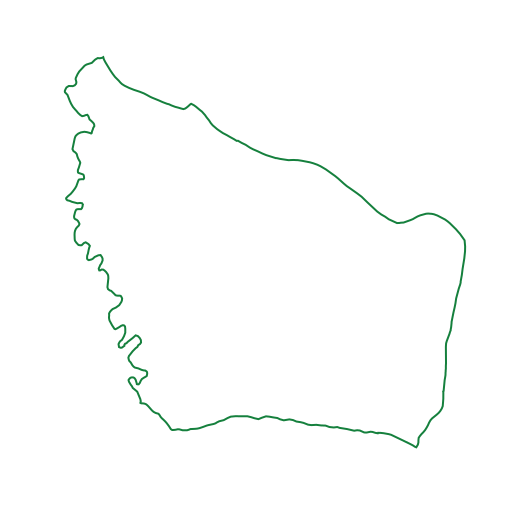 Chey Saen, Preah Vihéar, Cambodia (Equal Earth projection), rotated 6°
{"feature_id": "14789045B76871664968100", "entity_name": "Chey Saen", "entity_type": "district", "adm_level": 2, "iso_a3": "KHM", "parent_name": "Cambodia", "parent_adm1": "Preah Vihéar", "projection": "equal_earth", "projection_center": [105.306, 13.6], "detail": "fine", "context": "isolated", "style": "outline", "palette": "green", "viewbox_px": 512, "rotation_deg": 6, "n_neighbors": 0, "source": "geoboundaries", "source_scale": "gbopen_adm2", "svg_char_len": 5999}
<svg xmlns="http://www.w3.org/2000/svg" viewBox="0 0 512 512"><g transform="rotate(6 256 256)"><path d="M83.3,74.2L82.2,75.0L79.9,75.7L77.9,75.7L76.4,76.8L75.3,77.7L72.5,81.1L67.4,83.3L65.6,84.7L60.9,91.0L59.5,93.9L58.2,97.7L58.1,98.9L59.2,101.8L59.1,103.5L57.9,105.2L56.1,106.2L52.0,106.5L49.9,108.2L49.0,110.4L48.6,112.0L48.9,113.1L51.7,115.5L54.6,121.2L56.2,123.9L58.4,126.9L60.6,129.0L62.4,130.6L64.1,132.3L66.6,134.2L68.5,135.1L70.2,134.6L71.9,133.7L73.5,133.2L74.7,134.5L76.2,137.6L78.1,138.9L80.2,140.6L81.1,141.7L81.5,142.9L81.6,143.9L80.8,145.4L80.5,147.0L79.9,149.2L79.7,151.0L79.2,151.4L77.9,151.0L74.9,150.5L72.3,150.4L68.9,151.4L66.5,152.8L64.9,154.4L63.9,155.9L63.4,158.0L62.3,168.9L63.6,170.9L64.9,171.5L66.0,172.3L67.1,173.4L67.9,175.6L68.8,177.4L69.9,179.1L70.9,180.4L71.5,181.7L70.6,186.5L69.9,189.1L70.0,190.5L70.3,191.6L71.2,192.0L75.3,192.9L76.1,193.5L76.5,194.5L76.9,196.4L76.7,197.1L76.3,197.7L74.7,197.8L72.1,198.4L71.5,199.3L70.0,205.4L68.9,207.8L67.0,211.0L65.3,213.5L62.9,216.0L61.9,217.2L61.1,218.4L61.5,219.5L62.5,220.3L64.8,220.6L67.4,221.4L72.9,222.2L75.6,221.6L77.5,221.7L78.5,223.0L78.3,223.7L78.3,224.9L77.8,226.8L77.1,227.7L74.0,228.0L72.6,228.5L72.0,229.4L71.5,231.2L70.9,235.4L71.2,237.0L71.7,237.8L72.8,238.5L73.7,238.6L75.2,239.7L76.5,241.5L77.1,242.6L76.6,244.2L74.9,246.3L74.0,247.8L73.4,249.8L73.2,251.7L73.3,253.7L73.9,258.0L74.3,259.6L75.8,261.4L78.3,263.6L80.1,263.7L81.5,263.5L83.5,261.1L85.2,260.2L88.2,261.7L89.7,263.3L89.2,265.4L88.9,267.8L88.6,271.2L88.1,273.1L88.1,274.5L88.3,276.4L89.1,277.2L90.2,277.6L92.6,276.7L93.8,276.0L95.7,273.8L99.1,271.8L101.3,271.3L103.0,273.3L103.7,274.7L103.9,276.5L103.0,279.6L102.0,281.3L101.4,283.4L100.9,284.9L101.2,285.9L101.6,286.7L102.4,286.7L103.9,285.6L105.4,285.5L106.8,286.2L108.6,287.6L110.6,289.9L111.1,291.2L111.5,293.6L111.5,302.5L112.3,304.4L114.1,305.5L115.6,305.8L118.9,308.4L120.4,309.7L121.7,309.9L123.0,309.9L124.4,309.7L125.6,309.8L126.6,311.0L127.3,312.2L127.3,314.2L126.9,315.7L125.1,319.2L122.1,321.9L118.9,323.8L117.7,325.2L116.6,326.8L115.9,328.5L116.2,330.7L116.2,332.4L116.5,333.8L117.1,335.5L120.1,339.9L122.9,343.3L123.8,343.5L125.0,342.8L127.6,340.9L129.2,339.5L130.9,338.7L132.2,338.9L133.1,339.8L133.6,342.0L134.0,346.0L133.1,349.6L131.5,353.4L129.8,355.0L129.1,356.3L128.5,358.0L129.3,360.9L130.9,361.4L132.1,361.2L134.5,359.1L134.4,358.1L135.0,356.9L136.3,356.3L137.4,354.8L141.8,350.6L144.6,347.5L146.9,348.0L149.0,349.8L150.3,351.7L150.7,354.1L149.8,355.7L148.2,357.0L147.5,358.9L146.0,360.2L143.3,363.6L140.1,368.7L139.7,370.5L140.4,372.6L141.1,373.8L142.5,374.9L144.5,377.6L145.8,378.8L147.1,379.6L150.8,380.1L154.2,381.2L156.1,381.5L157.9,381.5L159.3,382.3L159.8,382.9L160.1,384.5L159.9,386.7L159.0,387.5L156.9,389.0L155.3,390.4L154.4,392.2L153.7,394.4L152.7,395.9L151.8,396.0L150.9,395.9L150.6,394.9L149.2,391.6L148.2,390.4L147.5,389.9L146.6,389.6L145.2,389.7L144.1,390.1L143.4,390.7L142.5,392.0L142.2,392.7L142.8,394.3L144.8,397.0L146.3,398.6L147.2,400.1L150.7,402.4L152.1,403.4L155.9,410.4L156.6,412.5L156.4,413.6L156.4,414.2L157.3,414.5L159.1,414.4L160.7,414.5L162.3,415.0L163.2,415.6L164.6,416.7L168.6,420.4L170.4,421.7L172.6,422.6L175.5,423.1L176.9,424.5L177.8,425.8L179.3,427.2L181.1,428.5L183.2,430.2L184.8,431.7L187.2,434.3L189.4,437.1L190.8,437.8L192.4,437.6L194.2,437.2L196.3,436.5L197.8,436.4L201.4,437.0L205.7,436.5L207.4,435.8L208.8,435.0L213.8,434.2L215.7,433.8L217.8,433.1L221.5,431.4L224.7,429.8L226.2,429.2L231.4,427.5L233.3,426.6L234.2,425.8L236.7,424.2L241.1,422.6L244.7,420.1L247.7,418.4L252.2,417.5L264.3,416.3L268.0,416.8L271.4,417.5L275.5,418.0L278.6,416.3L282.7,414.4L286.0,414.4L289.8,414.7L294.2,414.9L297.0,415.9L300.8,416.5L306.3,415.0L310.0,415.3L313.5,416.4L317.7,416.6L320.7,417.0L325.4,418.3L328.7,418.4L333.6,417.6L338.4,417.7L342.9,417.4L346.9,418.4L351.3,418.4L354.7,417.6L357.2,418.2L364.7,418.6L371.9,419.5L374.8,418.7L377.5,418.7L382.1,420.2L384.5,420.0L388.3,418.8L390.3,418.8L393.2,419.4L395.7,419.6L395.9,419.1L398.1,418.9L401.5,418.9L406.8,419.3L409.1,419.7L419.2,423.3L428.1,426.5L431.7,427.9L434.0,429.1L435.4,429.5L436.7,426.7L437.0,424.5L436.8,422.3L436.8,419.8L437.8,417.9L439.2,415.8L440.8,413.8L442.4,411.4L443.8,408.5L444.8,406.1L445.5,403.8L446.7,401.1L448.1,399.1L452.3,394.9L454.1,392.9L455.5,390.8L456.7,388.3L457.4,385.8L457.3,381.4L457.2,378.4L456.6,372.3L456.3,371.1L456.7,370.7L456.6,359.6L456.8,356.7L456.9,354.6L456.7,352.2L456.7,351.0L456.6,350.0L456.6,348.2L456.3,345.4L456.2,343.0L454.4,327.1L454.3,325.9L454.2,322.9L454.6,320.7L456.6,313.0L456.8,311.7L457.4,309.4L457.3,308.8L457.5,306.6L457.5,302.3L457.4,301.0L458.3,291.4L458.9,286.5L459.3,282.3L459.5,277.2L461.1,267.1L462.0,263.2L462.3,261.1L462.2,260.1L462.7,253.2L462.8,247.3L463.4,236.7L463.4,229.5L463.0,224.7L461.8,218.6L456.6,212.7L454.2,210.5L452.2,208.6L445.3,203.1L442.9,201.5L440.3,200.0L432.2,196.8L428.6,195.9L426.3,195.7L422.8,195.8L420.7,196.2L415.1,198.4L412.5,199.8L409.8,201.7L408.2,202.9L405.8,204.2L399.3,207.3L396.3,207.8L395.5,208.1L392.8,208.5L384.2,205.6L380.3,203.4L376.2,201.6L371.9,199.1L361.3,191.1L354.8,186.0L350.0,183.1L342.5,178.9L339.0,177.0L335.6,174.7L329.7,170.4L326.5,168.3L316.5,162.6L310.8,160.0L307.4,158.8L303.3,157.8L299.9,157.2L291.8,156.5L287.8,156.3L282.9,156.6L278.3,157.3L269.8,156.9L266.3,156.5L265.5,156.6L255.6,154.6L251.6,153.4L246.8,151.7L242.0,150.2L238.7,148.9L234.1,146.5L229.9,145.0L226.1,143.3L224.7,143.5L222.1,142.2L217.6,140.3L214.5,138.9L210.2,137.2L206.8,135.4L204.1,133.9L199.3,130.6L197.2,128.6L195.2,126.1L192.4,123.3L190.6,121.2L187.1,118.0L185.0,116.7L180.7,113.8L178.4,112.5L175.6,111.4L175.0,111.8L172.7,114.4L171.3,115.8L170.1,116.8L168.4,117.5L165.9,117.1L163.3,116.6L160.0,116.1L156.2,115.1L153.6,114.2L151.5,113.9L147.0,112.7L143.0,111.4L136.1,109.4L133.8,108.6L130.8,107.3L127.5,106.0L123.2,104.8L117.2,103.5L112.2,102.1L107.5,100.4L104.7,99.0L103.0,97.7L101.2,96.0L97.1,92.7L94.4,89.8L91.7,86.6L86.0,79.1L84.2,76.4L83.3,74.2Z" fill="none" stroke="#15803d" stroke-width="2"/></g></svg>